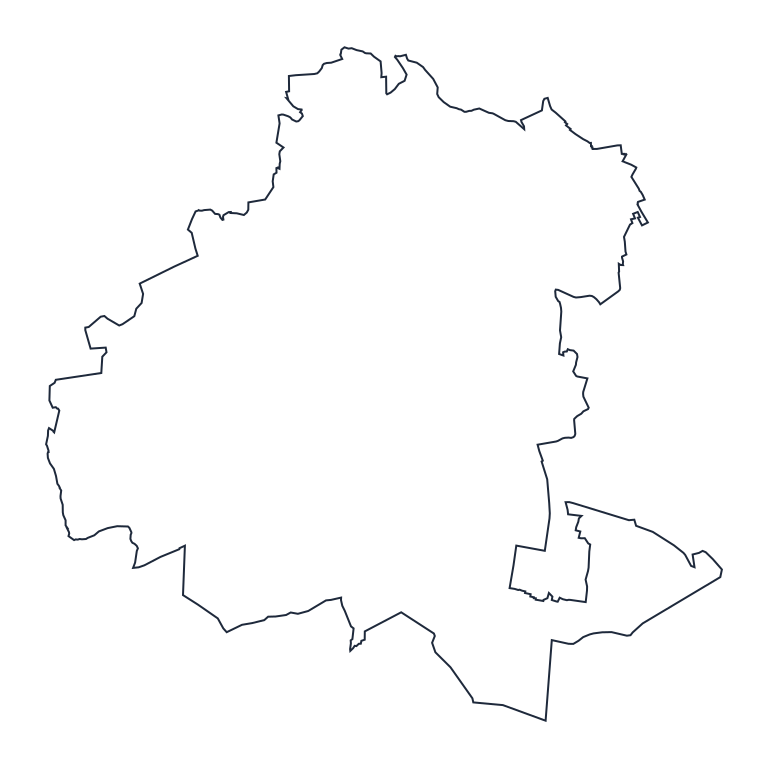 Moroleón, Guanajuato, Mexico (orthographic projection)
{"feature_id": "50627088B62680528635044", "entity_name": "Moroleón", "entity_type": "district", "adm_level": 2, "iso_a3": "MEX", "parent_name": "Mexico", "parent_adm1": "Guanajuato", "projection": "orthographic", "projection_center": [-101.228, 20.085], "detail": "fine", "context": "isolated", "style": "outline", "palette": "slate", "viewbox_px": 768, "rotation_deg": 0, "n_neighbors": 0, "source": "geoboundaries", "source_scale": "gbopen_adm2", "svg_char_len": 6013}
<svg xmlns="http://www.w3.org/2000/svg" viewBox="0 0 768 768"><path d="M547.7,97.9L544.4,98.8L543.2,101.1L541.9,110.4L521.0,120.1L521.5,122.0L524.0,126.3L524.2,129.2L515.8,121.8L513.6,121.2L508.3,121.0L505.3,120.2L493.7,113.8L492.5,113.3L488.9,112.8L479.3,108.5L473.8,109.7L471.5,110.8L469.2,110.9L466.1,111.8L464.4,111.8L461.0,109.6L458.9,109.2L456.7,108.2L450.2,106.7L443.7,102.1L438.7,97.2L437.2,94.0L437.7,87.4L433.2,78.9L425.1,69.9L423.1,67.1L416.8,62.7L408.3,60.5L407.1,58.6L405.9,54.8L400.0,56.3L398.7,56.1L396.6,56.3L395.5,55.8L394.9,57.0L397.3,59.8L402.9,68.1L406.6,74.6L404.6,80.8L398.8,83.8L394.8,89.1L390.6,92.6L387.1,94.3L386.3,93.3L386.1,76.7L381.3,77.2L381.6,73.1L380.6,61.4L374.0,56.7L370.7,53.5L366.3,53.3L365.0,53.0L362.7,51.4L356.6,50.1L351.7,48.2L348.5,48.6L344.5,47.3L341.4,49.7L340.8,53.9L340.3,54.3L340.3,55.1L342.2,59.0L331.2,62.7L326.8,63.0L324.0,63.8L322.7,65.1L321.8,68.1L319.2,71.5L317.3,73.3L314.3,74.0L295.8,75.2L288.9,76.0L289.1,91.3L286.1,91.9L288.0,98.6L286.6,98.3L293.3,106.3L298.0,109.1L301.6,109.5L301.7,110.0L300.1,112.2L301.9,113.5L302.8,116.1L299.4,120.3L298.2,121.2L296.2,121.5L291.9,119.4L291.3,118.5L290.0,117.2L288.0,116.2L283.3,114.6L281.7,114.5L278.4,115.4L279.6,123.4L276.4,142.7L283.5,147.5L279.8,151.3L279.3,154.2L280.3,161.2L279.7,163.8L279.5,168.8L278.2,168.2L278.3,167.5L278.1,167.4L276.4,168.1L276.5,172.7L273.7,174.4L272.7,181.3L273.4,187.1L265.2,199.5L248.4,202.4L248.3,209.7L246.8,212.5L243.9,215.0L236.8,213.3L230.5,213.0L230.7,212.0L228.7,212.1L223.5,215.2L223.0,216.9L223.4,219.6L222.4,219.9L220.4,217.5L219.4,214.7L218.0,214.1L215.1,213.9L212.2,210.6L210.3,209.6L204.1,210.1L201.9,210.7L199.5,210.6L198.7,210.1L198.3,210.5L195.6,211.4L192.0,219.1L187.9,229.6L191.7,232.8L195.4,248.5L197.7,255.8L174.0,266.7L139.7,283.6L143.1,293.9L141.6,303.0L136.3,308.7L134.3,316.2L122.5,324.2L119.2,325.5L107.5,318.7L104.4,316.0L100.7,316.7L88.7,327.0L85.3,327.6L85.3,330.1L90.6,348.6L105.7,347.6L106.5,352.3L102.3,356.7L101.3,373.0L55.8,379.8L54.6,382.8L49.8,386.0L49.4,400.5L52.7,407.7L55.8,407.2L57.3,408.7L58.1,408.7L59.3,410.6L54.2,432.4L53.4,431.6L53.3,430.9L49.0,428.1L48.1,430.5L47.9,435.9L46.1,444.3L47.0,445.8L48.5,450.6L48.6,452.1L48.0,452.2L47.6,453.7L47.9,457.9L50.0,463.4L53.9,468.9L56.0,476.0L57.4,483.8L58.9,485.8L59.8,487.7L59.6,488.0L61.2,490.5L60.5,496.1L60.6,498.5L62.7,504.8L62.8,512.3L63.3,515.2L65.6,520.3L65.6,525.4L67.5,528.2L67.0,528.2L69.0,532.2L69.2,533.6L68.5,536.1L74.1,540.1L75.7,539.4L77.8,539.6L79.6,539.0L81.9,539.3L86.0,539.0L87.7,537.9L94.3,535.3L98.9,531.4L107.7,528.1L117.2,526.2L128.0,526.5L129.4,527.9L131.4,532.3L131.3,533.4L130.7,534.7L130.4,538.9L131.3,541.2L132.4,542.8L134.5,543.8L136.7,545.8L137.9,548.3L136.8,551.0L135.1,562.6L133.1,567.9L138.7,567.3L144.4,565.3L160.5,556.9L179.3,549.2L179.5,548.2L184.9,545.7L183.0,595.1L197.9,604.6L217.8,618.4L223.3,628.4L226.7,632.2L242.0,624.8L252.1,623.1L264.3,620.1L268.1,616.7L275.6,616.5L286.1,615.0L290.7,612.5L297.9,613.8L308.2,611.0L326.0,600.4L331.0,599.9L341.1,597.6L341.0,600.1L342.3,605.8L344.8,610.9L351.0,626.4L353.6,628.4L352.4,639.1L350.7,640.4L350.9,643.3L350.1,649.1L350.3,650.9L353.1,648.2L354.7,645.8L356.4,646.1L358.8,643.8L360.8,643.7L361.4,640.8L364.7,639.7L364.8,631.4L401.2,612.3L433.9,633.5L434.8,636.0L432.1,642.8L435.4,652.3L450.5,667.3L472.4,698.3L473.3,702.4L502.9,705.1L545.6,720.7L551.8,640.1L568.6,643.8L573.3,643.9L578.5,640.8L583.2,637.1L589.8,634.4L593.6,633.4L602.2,632.3L611.5,632.1L626.9,635.7L630.5,635.2L632.7,632.4L642.7,623.4L720.3,577.1L721.9,569.5L712.7,559.0L705.7,552.2L702.6,550.9L699.0,552.9L692.6,554.5L694.5,567.2L691.1,565.9L685.2,554.9L683.5,552.9L673.9,545.3L652.8,531.9L636.1,525.8L634.3,519.7L628.9,520.2L573.1,503.1L569.2,502.1L565.6,502.2L567.6,509.8L568.1,514.3L581.5,515.9L578.9,518.4L578.3,521.8L576.2,527.2L575.7,530.3L580.3,531.5L578.7,537.8L581.1,538.3L584.8,538.2L588.2,543.4L590.2,544.5L589.3,551.5L588.6,567.6L588.0,571.1L585.6,579.6L587.1,586.5L587.0,590.5L585.7,602.1L570.3,599.9L568.8,599.8L566.9,600.2L562.8,599.2L559.7,597.7L557.7,601.7L556.5,601.5L551.8,600.0L552.4,596.6L548.9,593.0L547.4,598.2L543.5,599.9L543.3,601.0L538.8,600.2L535.7,599.7L535.8,598.3L533.8,598.2L533.9,597.3L530.3,596.5L530.6,594.2L525.0,593.0L525.3,591.4L522.1,590.7L519.6,589.7L518.2,590.0L514.7,588.9L509.6,588.1L513.5,565.4L516.3,545.6L544.8,550.8L549.5,518.4L549.8,513.3L549.2,503.0L547.2,479.3L541.6,461.5L542.8,460.7L539.3,451.1L537.6,444.7L556.1,441.5L557.9,440.9L562.5,438.4L564.9,437.8L568.5,437.6L571.2,437.9L573.5,437.1L574.7,435.8L575.3,433.9L574.1,420.0L574.3,418.8L577.2,416.1L581.3,413.7L583.4,411.3L588.0,409.1L588.7,407.7L583.4,396.7L583.1,394.0L583.2,392.0L587.4,378.4L577.3,376.5L576.1,375.9L573.2,371.4L575.9,364.8L576.1,362.4L577.5,357.0L577.0,354.0L573.6,350.6L569.8,350.1L567.8,349.2L566.8,351.5L564.7,351.6L563.1,352.3L563.4,355.5L559.1,354.0L559.9,343.4L561.2,337.2L560.0,330.4L561.3,311.6L561.0,307.9L560.1,303.9L559.5,301.9L558.2,301.1L555.7,296.8L555.2,291.2L555.8,289.6L558.2,289.9L573.6,296.9L576.0,297.5L580.7,297.1L589.6,295.7L591.9,296.0L593.9,297.1L596.4,299.2L599.1,302.3L600.3,304.3L618.3,291.3L619.8,289.8L620.2,288.1L618.6,272.6L619.1,271.7L618.8,263.8L620.7,265.0L623.1,265.1L622.8,264.2L623.1,261.4L622.0,257.7L622.0,256.6L626.4,254.5L625.5,251.5L624.8,241.7L624.0,236.9L630.0,224.6L632.4,223.1L631.0,219.3L635.0,218.4L633.1,213.8L637.7,212.0L640.0,217.0L637.9,217.7L642.0,225.4L647.9,222.5L641.4,211.7L637.5,204.5L637.9,204.0L637.6,203.2L638.0,201.9L644.7,199.6L644.3,198.7L642.7,195.0L640.8,191.8L639.6,190.9L638.8,188.7L631.4,176.9L632.5,174.5L635.9,168.7L636.3,167.5L631.2,164.7L622.6,161.3L626.4,154.4L626.1,154.1L625.3,154.7L623.8,154.4L624.0,153.9L621.8,153.9L620.7,145.3L617.4,145.4L597.1,148.9L592.6,149.0L592.5,147.5L591.8,147.5L591.8,146.1L591.0,146.1L590.9,142.9L589.7,143.0L587.4,141.3L583.1,139.1L575.5,134.1L569.9,129.9L570.6,129.0L566.0,125.4L567.2,124.0L564.9,122.2L565.4,121.4L555.7,112.7L551.6,109.5L550.1,106.1L547.7,97.9Z" fill="none" stroke="#1e293b" stroke-width="2"/></svg>